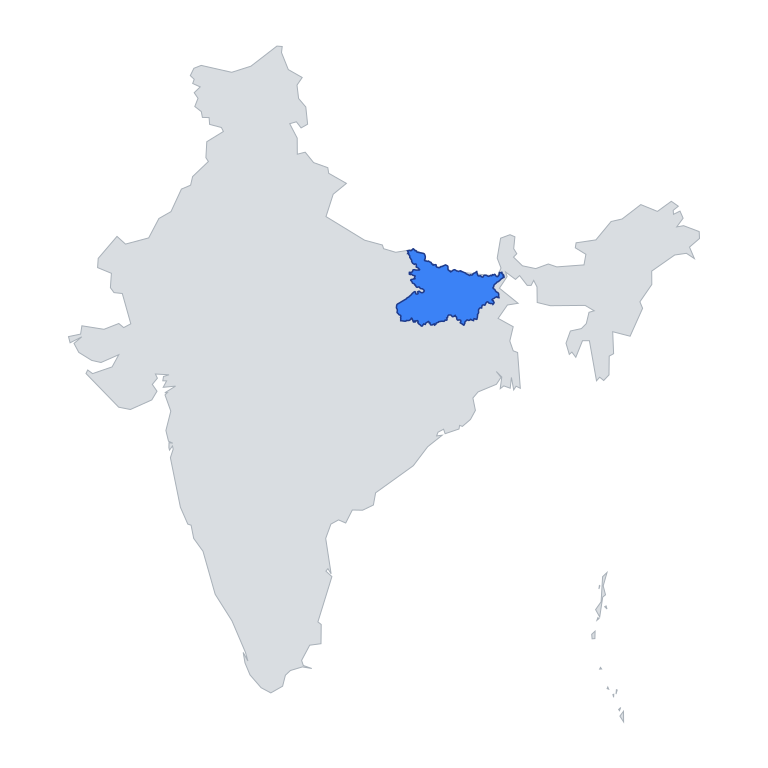 Bihar highlighted on a map of India
{"feature_id": "IND-3258", "entity_name": "Bihar", "entity_type": "State", "adm_level": 1, "iso_a3": "IND", "parent_name": "India", "parent_adm1": "", "projection": "mercator", "projection_center": [85.594, 25.909], "detail": "fine", "context": "in_parent", "style": "filled", "palette": "blue", "viewbox_px": 768, "rotation_deg": 0, "n_neighbors": 0, "source": "natural_earth", "source_scale": "10m", "svg_char_len": 9678}
<svg xmlns="http://www.w3.org/2000/svg" viewBox="0 0 768 768"><path d="M68.5,336.6L80.6,334.1L81.9,325.8L104.0,329.3L118.8,323.5L123.7,327.6L130.8,323.8L122.3,293.5L114.0,292.6L110.4,287.7L111.4,273.3L97.6,267.6L98.2,258.4L117.0,236.4L125.5,244.1L148.7,237.9L158.9,218.5L171.0,211.6L181.4,189.1L190.6,185.2L192.6,176.6L208.4,161.5L205.9,157.7L206.8,141.7L223.4,131.5L221.4,127.5L209.6,124.4L209.1,117.6L202.4,117.4L201.3,111.6L194.8,106.5L198.0,98.3L194.2,92.7L200.2,86.9L192.7,83.5L194.2,79.3L190.3,75.6L193.9,68.3L201.2,65.4L231.7,72.3L250.9,66.2L276.9,46.1L282.2,46.5L281.5,52.6L288.3,69.6L302.2,77.5L297.0,85.1L298.6,98.5L305.8,107.0L307.6,124.2L301.1,127.9L296.4,121.8L289.7,123.7L297.2,138.1L297.3,154.2L305.2,152.2L313.6,162.6L327.8,167.7L328.7,173.3L346.4,183.4L333.2,194.2L326.0,216.6L364.6,240.2L382.4,245.0L383.6,248.7L395.7,252.3L413.0,249.4L424.2,254.1L425.9,260.4L437.9,267.4L445.0,265.2L449.8,270.9L497.4,276.3L501.0,268.0L497.2,258.1L500.6,238.2L510.0,234.7L514.9,236.8L513.7,248.7L516.8,253.7L513.5,257.1L522.4,265.8L535.7,268.6L548.3,264.0L556.8,266.9L584.0,264.9L585.9,254.3L575.3,247.8L576.1,242.8L595.9,239.9L611.1,221.5L622.1,219.0L640.8,204.6L657.4,211.4L671.3,201.3L678.3,206.2L673.2,210.3L673.5,214.3L680.0,211.1L683.1,218.2L676.7,226.9L683.6,225.7L699.2,231.6L699.5,238.5L689.5,247.1L694.4,258.6L686.4,253.3L674.7,255.0L651.7,271.1L651.8,284.5L639.9,301.8L642.6,308.3L630.1,336.2L612.7,331.7L613.6,353.7L609.2,356.1L609.0,374.9L603.7,380.5L599.7,377.2L596.5,380.8L589.4,340.7L582.5,340.7L575.8,357.3L571.9,352.1L569.3,354.4L566.0,343.2L570.4,331.0L581.4,328.6L586.3,323.6L589.0,312.3L594.2,310.8L585.1,305.4L550.3,305.7L537.2,302.5L537.0,286.9L533.7,280.4L531.1,285.4L527.2,285.4L519.6,275.6L515.5,279.4L505.5,271.9L507.1,276.6L499.4,288.2L518.1,303.3L507.4,305.0L498.1,318.4L513.2,326.7L509.8,341.0L513.2,350.8L517.6,352.5L520.3,388.3L516.1,386.2L513.7,389.9L511.4,377.4L510.2,388.2L503.8,385.9L500.2,388.7L501.8,377.0L496.3,371.5L501.0,377.4L496.4,384.3L478.1,391.9L472.9,398.0L475.4,410.4L470.5,419.4L462.4,426.4L459.6,425.4L459.0,429.0L445.1,433.7L443.6,429.2L438.0,432.2L436.6,435.9L442.2,435.2L427.7,446.7L413.3,465.7L375.6,492.8L373.4,505.0L362.6,510.2L352.3,510.0L345.7,523.0L338.5,519.9L330.9,524.1L325.7,538.4L331.1,573.8L327.9,568.7L325.9,571.1L331.9,576.6L317.9,621.9L321.2,624.5L321.0,643.7L309.7,645.2L301.6,660.4L303.3,665.5L311.8,668.5L302.4,666.9L290.4,670.5L285.4,675.2L282.6,686.2L270.8,692.9L261.1,687.7L250.0,674.9L245.0,662.9L243.2,652.4L247.9,661.0L245.5,652.5L232.0,620.9L215.2,594.3L203.0,551.3L193.7,538.4L191.1,525.2L187.8,524.1L180.4,507.2L170.4,457.7L173.2,449.1L172.5,446.0L169.5,450.1L168.9,447.7L169.0,442.7L172.8,443.2L168.5,441.2L165.9,430.5L170.8,411.1L165.0,394.9L167.4,392.6L164.8,392.8L175.6,386.1L163.2,387.3L166.6,380.9L162.8,380.8L163.5,376.5L169.0,374.8L155.4,374.0L157.4,378.2L152.3,384.4L157.0,391.2L151.8,399.9L130.4,409.5L118.7,407.2L86.0,373.5L87.7,370.0L92.6,373.6L112.1,366.9L118.8,354.7L101.0,362.5L91.7,360.4L78.8,352.4L74.0,343.4L81.8,336.8L70.1,342.8L68.5,336.6ZM599.7,617.0L595.6,609.6L601.1,601.8L602.6,576.7L607.0,572.5L603.2,585.9L605.5,594.8L602.7,597.1L599.7,617.0ZM623.5,711.3L623.6,721.9L619.9,716.1L623.5,711.3ZM594.9,638.6L592.1,638.8L591.7,634.3L595.1,631.1L594.9,638.6ZM613.8,694.2L613.6,697.3L612.9,694.5L613.8,694.2ZM617.2,690.0L616.0,694.1L616.4,689.7L617.2,690.0ZM620.7,707.5L619.5,710.7L618.6,709.5L620.7,707.5ZM601.6,669.0L599.6,669.1L600.5,667.4L601.6,669.0ZM599.0,618.6L596.9,620.3L597.9,617.6L599.0,618.6ZM606.1,605.9L607.0,609.0L604.7,606.7L606.1,605.9ZM608.7,689.2L607.1,688.6L607.8,687.0L608.7,689.2ZM599.9,585.8L598.9,589.0L599.4,585.5L599.9,585.8Z" fill="#d9dde1" stroke="#a8b0b8" stroke-width="1"/><path d="M489.4,276.1L490.7,275.3L491.3,275.7L491.7,275.8L492.0,275.6L492.3,274.7L492.6,274.6L493.3,275.0L493.7,275.0L494.3,274.4L494.7,274.3L495.3,274.8L495.7,275.7L496.0,276.0L497.0,276.7L497.7,276.6L498.5,275.7L499.2,274.6L499.3,273.6L499.3,273.0L499.4,272.5L500.4,272.7L501.7,272.3L501.9,272.3L502.0,272.5L501.8,273.5L502.7,274.1L503.7,275.2L503.1,275.6L503.1,276.0L504.0,276.6L504.1,277.0L504.0,277.4L503.3,277.5L502.3,278.3L501.5,278.6L499.3,280.9L498.4,281.4L497.9,281.9L497.1,282.0L496.9,282.2L496.2,283.1L494.7,284.3L494.1,285.0L493.9,285.3L493.8,286.1L493.6,287.0L493.1,287.4L493.0,287.6L493.3,288.6L494.6,289.3L495.2,290.2L495.5,291.0L496.1,291.5L496.3,291.9L497.7,292.5L498.5,293.3L498.8,294.8L498.5,296.4L499.0,297.1L499.0,297.7L497.7,297.5L497.3,297.3L497.3,297.1L497.0,296.9L496.6,296.7L495.9,297.2L495.0,297.5L494.6,298.0L494.3,298.2L492.5,299.1L492.5,299.3L492.0,299.8L492.4,300.1L492.7,300.7L493.2,300.7L493.5,301.2L493.9,302.3L494.1,302.6L494.0,302.9L493.6,303.6L492.9,304.4L492.6,303.8L492.1,303.6L491.6,303.5L490.7,303.6L490.2,303.4L488.9,303.1L488.3,302.2L487.2,301.8L486.1,302.7L485.9,303.1L485.8,303.7L485.4,304.0L485.1,305.0L484.7,305.2L483.6,304.8L483.2,305.0L482.5,305.1L482.2,305.3L482.0,305.9L481.6,308.0L480.6,307.8L479.9,308.0L479.2,308.7L478.5,309.8L478.5,310.2L478.6,312.7L478.3,313.3L477.4,314.8L477.6,315.6L477.4,316.7L477.4,317.4L477.0,318.6L477.0,319.1L476.8,319.3L476.2,319.4L475.1,318.9L474.1,318.7L474.1,319.1L473.6,319.9L473.5,320.6L471.9,320.1L471.2,319.6L470.6,319.3L470.2,319.5L470.0,320.0L469.5,320.3L468.3,320.4L467.4,319.9L467.0,319.9L465.0,321.9L464.8,322.7L464.8,323.5L464.3,324.0L464.3,324.6L464.0,325.1L463.8,325.2L463.3,324.9L462.0,323.9L460.3,322.9L460.2,322.5L460.7,321.8L460.9,321.4L460.8,320.6L460.6,320.2L460.0,320.1L459.1,319.8L458.4,320.1L458.1,320.2L457.6,320.1L457.2,319.7L456.8,319.1L456.6,317.3L456.4,316.9L456.1,316.6L455.0,316.3L455.3,315.7L455.2,315.4L454.7,315.6L453.4,316.6L452.4,316.7L451.0,315.1L450.6,315.0L448.8,315.0L448.5,315.1L448.0,315.7L447.7,316.4L447.7,317.1L447.4,317.6L446.7,317.9L447.0,318.9L447.0,319.8L446.9,320.0L446.6,320.2L446.1,320.2L445.2,320.0L445.0,320.4L444.0,321.4L443.8,321.4L443.1,321.2L442.2,321.3L441.1,321.2L440.8,321.4L438.7,321.7L438.5,322.2L436.4,323.0L436.1,323.3L436.1,323.9L434.6,325.2L434.4,325.0L434.6,324.2L434.4,323.9L433.0,324.4L432.3,324.9L431.8,325.0L430.7,324.9L430.3,324.4L430.0,322.9L429.8,322.8L429.3,323.0L429.1,322.9L428.9,321.8L428.6,321.5L428.3,321.5L425.9,323.0L425.3,324.4L424.3,324.2L423.8,323.9L423.4,324.4L422.9,324.9L422.7,325.5L422.3,326.0L421.5,326.1L420.9,325.7L420.4,325.0L419.0,324.1L417.8,322.7L418.1,322.1L418.1,321.3L417.6,320.7L417.2,320.6L416.8,321.0L416.4,320.8L415.9,320.9L415.4,320.9L415.3,321.0L415.3,321.6L415.1,322.0L414.8,321.9L414.7,321.3L414.4,321.1L414.2,322.0L413.9,322.1L413.3,321.8L412.0,318.4L411.5,318.1L411.3,318.2L410.8,319.3L410.3,319.6L410.0,320.0L409.7,320.2L409.3,320.4L407.8,320.6L406.9,320.4L406.4,320.5L406.0,321.1L405.6,321.2L404.5,321.2L401.1,320.7L400.7,320.7L400.7,319.2L400.8,318.3L400.5,317.4L400.9,316.6L400.7,315.5L400.4,315.2L399.6,315.0L399.0,314.7L398.6,314.2L398.1,313.5L397.7,313.2L397.2,312.7L397.0,312.2L397.3,311.1L397.3,309.5L396.5,308.1L396.4,307.6L396.7,305.1L397.1,304.4L397.7,303.9L399.9,302.7L400.6,302.2L406.2,298.9L406.7,298.4L407.1,297.8L408.6,297.1L409.0,296.8L409.3,296.4L411.1,294.9L412.3,293.4L414.1,291.9L414.9,291.6L415.6,292.1L415.6,293.1L415.8,293.7L416.3,294.0L417.0,294.1L417.7,293.9L418.0,293.7L418.1,293.2L417.8,292.3L417.8,291.7L418.7,291.3L419.1,291.2L419.4,291.3L420.5,292.3L421.6,292.7L422.4,292.7L422.8,292.6L423.8,291.8L424.0,291.6L424.0,291.3L424.2,291.0L424.3,290.6L424.1,290.3L422.5,288.8L420.9,288.7L419.9,288.0L419.6,287.4L419.1,287.0L418.5,287.0L417.1,287.3L416.7,287.2L416.3,286.9L415.8,286.1L415.5,285.2L414.8,285.0L414.7,284.5L414.3,283.9L412.4,283.0L411.9,281.6L411.5,281.1L410.8,280.5L410.7,280.3L410.8,279.9L411.2,279.5L413.0,279.2L413.6,278.8L414.6,278.9L415.0,278.7L414.7,278.0L414.5,277.4L415.1,276.3L415.1,276.0L414.9,275.8L412.9,275.3L411.4,274.1L410.8,274.5L410.4,274.6L409.4,274.3L409.3,273.8L409.3,272.7L409.4,272.3L409.8,272.3L410.1,273.0L410.8,272.4L412.2,271.9L412.6,271.3L412.9,270.1L413.2,269.8L414.6,269.7L416.0,270.1L419.3,270.0L419.6,269.7L419.3,269.2L417.7,267.6L417.2,267.3L416.4,267.2L416.2,266.9L416.4,264.9L416.2,264.4L415.9,264.0L415.1,263.9L414.5,264.4L414.3,264.4L413.4,263.7L412.6,263.2L411.6,261.4L411.7,260.6L411.5,259.9L411.0,259.4L410.6,258.4L409.8,257.6L409.8,256.0L409.4,255.3L408.6,254.5L408.7,253.5L408.5,253.3L407.7,253.4L407.9,252.9L408.4,252.6L408.4,252.4L408.2,251.9L407.6,251.2L407.4,250.8L409.4,250.4L410.5,250.7L411.2,250.6L411.7,250.3L412.8,249.0L413.2,248.8L413.6,248.9L413.7,249.3L413.9,249.5L414.6,249.9L415.1,250.7L415.9,250.6L416.2,250.9L416.8,251.9L417.3,252.2L423.5,253.4L424.2,253.8L424.7,254.6L425.3,256.4L425.3,257.3L425.2,258.3L424.5,259.9L424.6,260.5L424.9,260.7L427.5,261.4L428.4,261.0L428.7,261.1L428.9,261.5L429.5,261.8L431.0,262.4L431.3,262.9L431.6,263.8L433.1,264.4L433.1,265.1L433.6,265.1L434.8,264.7L435.3,264.6L436.2,265.0L436.2,266.5L436.9,267.2L438.9,267.7L440.0,267.5L441.0,266.5L441.8,266.6L442.2,266.5L443.9,265.6L445.6,264.9L445.8,265.0L447.5,265.9L447.8,266.3L448.0,267.1L447.9,268.9L448.1,269.8L449.6,271.1L450.2,271.0L450.3,271.1L450.4,271.7L450.6,271.9L451.4,271.5L453.3,270.0L454.5,269.7L455.2,269.9L456.8,271.0L457.6,271.0L458.5,271.5L459.2,271.1L460.4,270.8L460.8,270.8L461.0,271.0L461.0,271.3L461.1,271.5L461.9,271.5L463.9,272.4L465.0,272.8L466.4,273.9L467.8,274.5L469.3,275.4L469.7,275.5L470.3,274.8L470.6,274.8L471.5,275.1L472.1,275.0L472.6,274.6L473.0,274.1L473.2,273.6L473.9,273.2L475.3,272.7L476.6,271.5L476.8,271.5L476.9,272.4L477.4,274.3L477.7,275.1L478.2,275.8L478.8,276.0L480.7,275.7L481.2,276.6L482.4,277.2L482.7,277.2L483.0,277.0L483.6,275.8L484.2,275.4L484.9,275.2L486.3,275.3L487.9,276.2L488.6,276.4L489.4,276.1Z" fill="#3b82f6" stroke="#1e3a8a" stroke-width="1.5"/></svg>